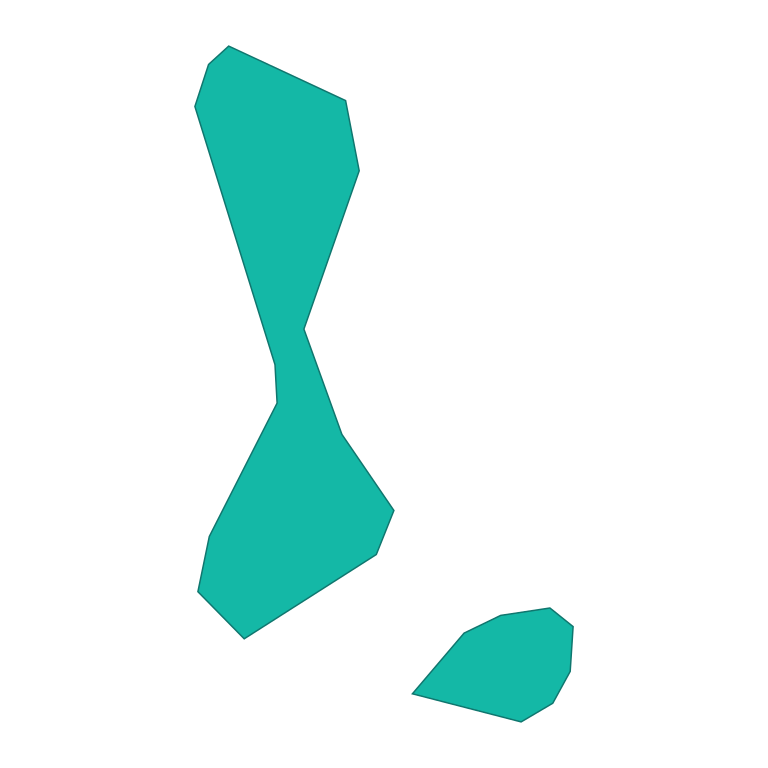 Saint Pierre and Miquelon, Equal Earth projection
{"feature_id": "SPM", "entity_name": "Saint Pierre and Miquelon", "entity_type": "country or territory", "adm_level": 0, "iso_a3": "SPM", "parent_name": "North America", "parent_adm1": "", "projection": "equal_earth", "projection_center": [-56.267, 46.926], "detail": "fine", "context": "isolated", "style": "filled", "palette": "teal", "viewbox_px": 768, "rotation_deg": 0, "n_neighbors": 0, "source": "natural_earth", "source_scale": "50m", "svg_char_len": 419}
<svg xmlns="http://www.w3.org/2000/svg" viewBox="0 0 768 768"><path d="M376.3,554.5L244.2,638.8L197.9,591.7L209.3,536.5L277.1,403.1L275.0,364.7L194.9,106.5L208.6,64.4L228.7,46.1L345.6,100.6L359.2,170.8L303.9,329.1L341.9,434.4L393.9,510.5L376.3,554.5ZM552.8,703.2L521.1,721.9L412.4,693.8L464.1,633.1L500.7,615.4L549.9,608.0L573.1,626.6L570.2,671.4L552.8,703.2Z" fill="#14b8a6" stroke="#0f766e" stroke-width="1.5"/></svg>